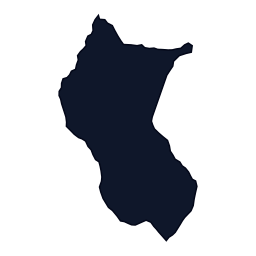 outline of Indiana, São Paulo, Brazil
{"feature_id": "56859067B42433068505408", "entity_name": "Indiana", "entity_type": "district", "adm_level": 2, "iso_a3": "BRA", "parent_name": "Brazil", "parent_adm1": "São Paulo", "projection": "albers", "projection_center": [-51.261, -22.133], "detail": "fine", "context": "isolated", "style": "filled", "palette": "ink", "viewbox_px": 256, "rotation_deg": 0, "n_neighbors": 0, "source": "geoboundaries", "source_scale": "gbopen_adm2", "svg_char_len": 1501}
<svg xmlns="http://www.w3.org/2000/svg" viewBox="0 0 256 256"><path d="M98.4,15.4L95.1,19.7L92.7,24.9L93.1,30.6L91.3,34.4L87.9,36.1L85.6,41.5L86.2,45.6L83.3,49.0L80.5,51.6L77.6,55.6L78.3,60.0L76.5,64.9L75.6,69.3L71.4,71.2L69.7,74.8L67.1,77.6L63.1,78.8L61.6,83.3L61.5,87.7L59.2,91.3L59.1,95.6L60.7,99.1L61.7,103.8L64.0,110.9L65.9,116.8L66.6,122.1L66.4,126.3L71.6,131.5L74.3,134.3L78.7,137.6L82.0,138.8L85.6,141.1L88.1,146.5L91.2,149.8L93.0,154.6L95.6,159.6L99.0,161.8L100.2,166.3L101.1,170.9L101.9,177.0L101.5,181.3L99.5,187.0L100.8,192.1L103.1,198.5L108.5,207.4L112.5,210.5L117.3,216.3L120.5,220.9L124.4,221.6L128.3,223.4L131.6,224.8L135.3,225.0L139.3,223.2L142.9,221.6L146.1,220.2L150.9,222.2L153.9,226.4L156.4,229.1L158.8,232.1L162.2,235.9L166.3,240.6L168.8,237.3L172.5,234.9L175.2,232.3L180.4,224.0L182.4,220.6L184.6,217.5L191.0,210.8L193.2,205.6L194.1,199.2L195.4,192.9L196.9,186.4L195.6,181.0L192.3,179.3L190.5,176.0L188.6,172.1L185.4,168.1L182.2,165.9L179.8,162.0L175.1,159.2L172.9,155.1L170.3,151.2L169.4,145.9L167.5,140.4L163.0,136.8L158.6,133.0L154.4,128.9L152.7,125.1L151.4,121.2L152.2,117.0L166.8,75.2L169.3,71.3L172.8,66.1L173.5,61.3L179.3,55.6L186.1,53.4L191.3,52.2L192.2,45.7L188.3,43.1L184.6,44.9L180.8,48.3L176.1,49.0L172.3,49.9L168.1,50.0L162.6,49.6L157.7,49.4L154.0,48.1L149.4,48.5L144.7,47.7L141.7,44.8L137.1,45.7L131.1,44.9L123.5,44.5L120.8,40.8L117.8,36.0L114.7,30.4L112.3,25.6L107.4,23.1L104.8,19.7L99.5,19.3L98.4,15.4Z" fill="#0f172a" stroke="#020617" stroke-width="1.5"/></svg>